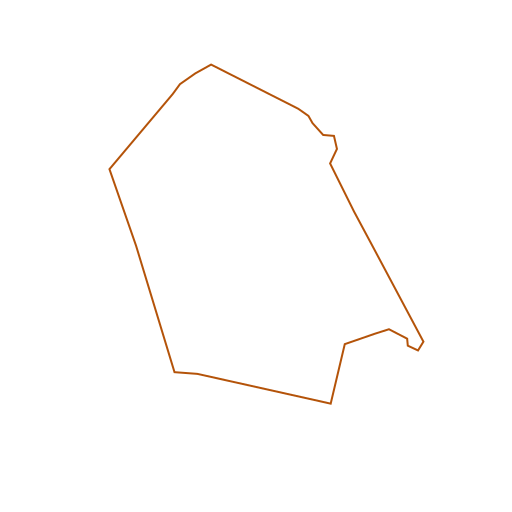 the district of Madeinat Kassala, Kassala, Sudan, rotated 318°
{"feature_id": "16777658B62122659764533", "entity_name": "Madeinat Kassala", "entity_type": "district", "adm_level": 2, "iso_a3": "SDN", "parent_name": "Sudan", "parent_adm1": "Kassala", "projection": "equal_earth", "projection_center": [36.396, 15.436], "detail": "fine", "context": "isolated", "style": "outline", "palette": "amber", "viewbox_px": 512, "rotation_deg": 318, "n_neighbors": 0, "source": "geoboundaries", "source_scale": "gbopen_adm2", "svg_char_len": 485}
<svg xmlns="http://www.w3.org/2000/svg" viewBox="0 0 512 512"><g transform="rotate(318 256 256)"><path d="M212.7,415.7L263.0,380.9L292.1,393.2L305.8,399.4L313.0,418.6L308.8,424.2L313.2,434.6L323.1,431.7L349.6,325.1L358.6,288.5L373.0,236.8L387.8,230.6L394.3,218.9L386.9,211.0L386.9,195.1L388.7,187.0L385.9,174.8L350.7,83.7L333.2,79.7L314.5,77.4L302.5,79.9L205.2,93.4L173.7,168.2L117.7,287.8L133.5,304.3L151.0,328.9L212.7,415.7Z" fill="none" stroke="#b45309" stroke-width="2"/></g></svg>